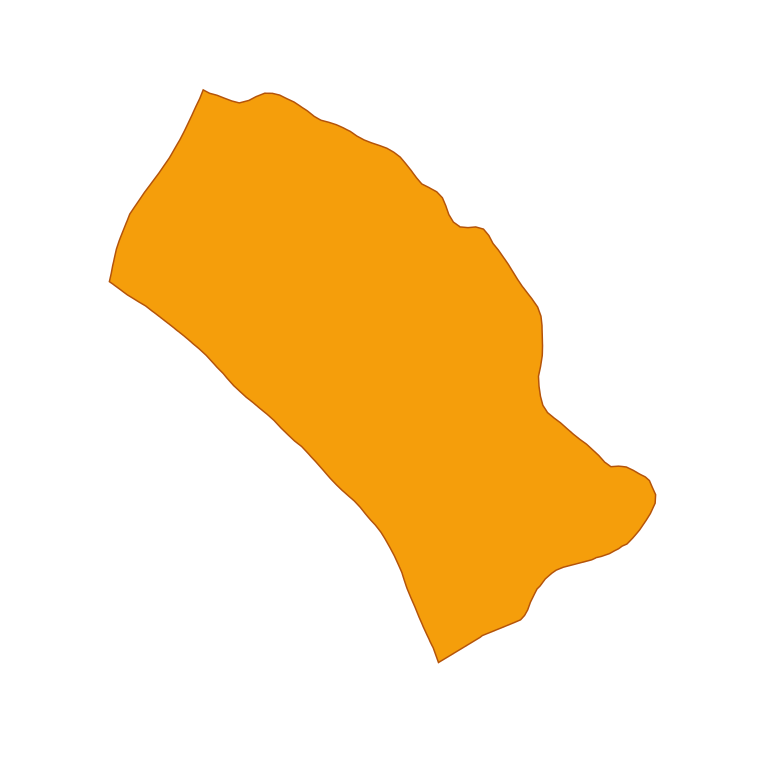 the district of Yab'uth, Hadramawt, Yemen, rotated 192°
{"feature_id": "15242507B24297046109512", "entity_name": "Yab'uth", "entity_type": "district", "adm_level": 2, "iso_a3": "YEM", "parent_name": "Yemen", "parent_adm1": "Hadramawt", "projection": "equal_earth", "projection_center": [47.741, 14.778], "detail": "fine", "context": "isolated", "style": "filled", "palette": "amber", "viewbox_px": 768, "rotation_deg": 192, "n_neighbors": 0, "source": "geoboundaries", "source_scale": "gbopen_adm2", "svg_char_len": 3479}
<svg xmlns="http://www.w3.org/2000/svg" viewBox="0 0 768 768"><g transform="rotate(192 384 384)"><path d="M272.8,122.9L237.4,156.1L235.5,158.4L207.2,177.6L201.4,181.7L198.4,186.8L196.5,192.9L195.4,201.0L193.1,210.1L191.7,215.3L189.4,218.8L185.7,226.9L180.7,233.6L176.9,237.7L170.6,242.0L144.3,255.2L141.3,257.4L140.5,258.2L135.6,260.5L128.3,264.9L123.6,269.0L120.3,271.6L117.3,275.0L113.1,278.0L108.8,284.8L105.3,291.2L103.6,294.5L101.8,298.9L99.3,305.0L96.5,312.7L94.0,323.8L95.3,332.2L100.5,339.3L104.3,344.7L109.0,347.4L114.7,348.9L116.6,349.5L122.3,351.4L126.9,352.5L129.7,353.2L134.2,352.8L137.5,352.4L144.5,350.4L144.9,350.3L150.2,352.7L152.1,353.5L152.4,353.8L159.2,358.8L166.6,363.2L168.1,364.1L173.5,367.3L180.1,370.2L180.6,370.4L188.2,374.2L195.7,378.4L201.1,381.5L203.4,382.8L205.8,383.9L210.6,386.1L218.2,390.1L219.3,391.3L224.2,396.2L228.4,404.5L231.9,414.0L234.5,423.6L234.5,429.8L234.5,433.6L235.1,444.5L235.5,447.0L236.9,454.4L237.5,456.8L239.2,464.0L240.8,470.5L241.6,474.0L243.8,480.7L244.6,483.0L249.7,491.2L256.1,497.2L256.8,497.9L262.5,502.7L266.8,506.4L269.0,508.2L275.1,514.1L281.0,520.3L281.2,520.5L281.3,520.6L281.7,521.0L287.3,526.9L291.2,530.6L293.6,532.8L300.1,538.9L306.6,544.1L311.7,550.3L312.4,551.1L318.9,556.2L326.9,556.7L334.4,554.4L341.2,553.6L342.2,553.4L342.5,553.6L349.8,556.8L355.8,563.2L359.2,568.8L360.5,571.0L365.6,578.3L372.3,582.9L379.3,585.0L380.8,585.5L388.5,587.5L390.3,588.8L395.1,592.5L399.1,596.0L401.6,598.3L408.4,603.9L415.3,609.3L422.5,612.7L430.2,615.2L437.7,616.3L446.5,617.3L454.3,618.6L462.1,620.9L465.1,622.2L469.6,624.1L473.2,625.0L477.1,626.1L481.2,627.0L484.6,627.7L492.2,628.5L496.4,628.7L500.4,628.9L502.8,629.6L508.0,631.3L515.7,635.2L522.2,637.7L523.3,638.2L524.5,638.7L530.6,641.1L538.4,642.9L542.7,644.0L546.1,644.9L553.6,645.1L561.2,643.6L568.1,639.0L568.6,638.7L569.6,637.9L575.1,633.3L583.9,628.9L585.1,628.9L591.7,629.2L595.6,629.8L599.6,630.4L607.3,631.7L612.8,632.0L615.0,632.1L617.5,632.8L622.0,634.1L623.6,624.8L625.7,616.3L627.3,609.1L627.8,606.7L628.2,605.1L629.9,597.9L631.8,590.1L634.5,580.2L635.3,577.9L637.6,570.9L639.8,564.0L641.0,560.4L644.9,551.1L647.9,543.8L651.5,536.0L652.7,533.4L654.7,529.0L658.2,521.5L661.6,513.1L665.1,504.6L668.0,497.4L669.3,489.4L669.5,488.6L671.1,479.3L672.3,472.3L672.8,469.1L673.8,460.3L673.9,451.8L673.9,447.2L674.0,443.6L673.8,435.5L673.9,427.0L670.0,425.4L668.8,424.8L661.5,421.5L657.9,419.8L653.5,417.8L647.5,415.7L640.6,413.2L635.5,411.5L633.4,410.8L625.9,407.1L623.8,406.2L618.8,403.8L611.4,400.2L603.7,396.5L601.9,395.6L597.9,393.5L596.4,392.8L591.7,390.5L585.2,387.1L578.8,383.5L572.5,380.2L563.9,375.1L556.8,370.0L554.4,368.3L550.6,365.5L547.7,363.6L543.7,361.0L538.4,356.8L530.6,351.1L528.9,350.1L522.6,346.3L517.3,343.2L516.0,342.4L514.5,341.7L508.6,338.8L500.6,334.5L494.6,331.4L492.4,330.3L484.0,325.5L475.5,319.5L466.9,314.1L461.5,310.8L459.5,309.6L451.5,305.7L443.3,300.0L440.5,297.9L434.9,294.0L426.0,287.4L422.6,284.8L416.9,280.5L413.4,278.1L409.4,275.4L402.7,271.2L401.2,270.4L394.7,266.7L388.7,263.4L382.4,259.0L381.8,258.6L375.0,253.0L372.2,250.8L368.8,248.2L367.8,247.5L363.2,244.3L358.3,240.2L356.1,238.3L351.0,233.0L350.1,232.0L344.2,225.3L339.5,219.7L338.0,217.9L332.3,210.2L328.6,205.1L327.2,203.1L325.6,200.2L323.2,196.0L320.1,190.7L318.8,188.6L313.3,180.6L307.2,172.1L301.2,163.2L297.0,157.4L295.3,154.9L290.0,147.8L286.9,143.8L285.6,141.9L282.6,138.1L281.1,136.3L272.8,122.9Z" fill="#f59e0b" stroke="#b45309" stroke-width="1.5"/></g></svg>